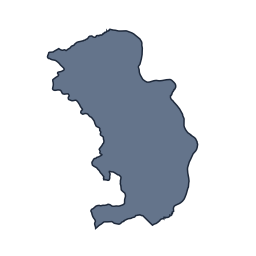 Kap Choeng, Surin, Thailand (Robinson projection), rotated 76°
{"feature_id": "78962969B82717955014572", "entity_name": "Kap Choeng", "entity_type": "district", "adm_level": 2, "iso_a3": "THA", "parent_name": "Thailand", "parent_adm1": "Surin", "projection": "robinson", "projection_center": [103.538, 14.468], "detail": "fine", "context": "isolated", "style": "filled", "palette": "slate", "viewbox_px": 256, "rotation_deg": 76, "n_neighbors": 0, "source": "geoboundaries", "source_scale": "gbopen_adm2", "svg_char_len": 5818}
<svg xmlns="http://www.w3.org/2000/svg" viewBox="0 0 256 256"><g transform="rotate(76 128 128)"><path d="M217.6,183.7L217.1,182.6L215.5,179.7L214.7,177.1L213.4,174.3L213.4,173.3L214.1,170.5L214.9,166.4L215.3,165.8L216.8,164.7L217.2,164.2L219.0,160.4L219.1,159.9L219.1,159.2L218.6,157.9L217.7,156.4L217.6,154.6L217.0,154.4L216.2,150.6L216.1,149.9L216.4,147.1L216.0,145.4L216.0,143.2L215.8,142.8L214.8,141.7L215.0,140.6L214.9,139.5L215.1,138.8L215.0,138.4L215.2,138.1L215.0,137.6L215.2,137.2L215.8,136.6L216.2,136.0L216.4,135.7L216.5,135.1L216.7,134.8L228.2,127.8L227.6,125.9L227.4,123.7L227.0,122.6L226.7,122.2L226.5,121.3L226.1,120.8L225.7,119.7L225.3,119.5L224.4,117.9L224.4,116.2L224.5,115.7L224.4,115.5L224.5,115.3L224.7,115.2L223.9,114.9L223.4,114.6L223.6,114.3L223.6,113.6L223.8,113.5L224.1,113.7L224.3,113.6L224.1,112.3L224.3,111.4L224.3,110.5L223.9,109.1L223.4,108.7L222.8,108.5L223.3,108.0L223.3,107.5L223.1,107.4L223.0,107.0L222.7,106.8L222.7,106.5L221.7,106.3L221.7,105.7L221.3,105.7L221.2,105.5L220.4,105.5L220.2,104.6L219.9,103.9L217.0,103.4L216.0,102.9L215.1,102.1L214.7,101.3L214.2,99.3L213.8,96.9L213.3,95.2L212.2,92.9L210.6,90.8L209.0,89.5L206.0,87.4L200.7,84.4L199.9,83.7L195.8,82.3L194.8,81.8L194.0,81.6L191.2,81.2L186.1,80.9L182.5,80.3L180.9,79.8L175.8,76.8L173.7,75.0L168.8,71.1L166.6,67.9L165.4,66.7L163.8,65.7L161.5,64.7L160.4,64.3L159.9,64.5L159.0,64.5L158.8,64.4L158.6,64.4L158.2,64.3L154.6,65.1L153.2,66.0L151.1,67.9L150.1,68.5L150.0,68.9L149.6,68.9L147.2,71.0L145.8,71.7L143.7,72.5L140.9,73.1L139.2,73.1L132.7,71.4L131.6,71.5L129.6,71.9L127.8,71.8L127.0,72.0L122.1,73.3L118.2,75.0L113.7,77.4L112.8,77.7L111.5,78.6L109.8,79.4L108.6,79.4L107.7,79.2L107.1,78.7L106.9,78.8L106.6,78.0L105.9,77.6L106.0,77.4L104.4,76.5L104.1,76.1L103.8,76.0L103.4,75.6L103.4,75.3L102.2,74.1L101.8,74.1L101.6,73.2L100.0,71.9L99.1,71.6L97.9,71.4L96.5,71.6L94.8,72.4L92.5,73.9L91.7,74.6L91.1,75.5L90.5,78.8L90.2,83.5L89.9,85.6L89.7,86.5L88.7,89.0L88.5,90.1L88.4,91.6L88.6,95.8L88.4,97.5L88.0,98.6L86.5,100.2L84.7,101.7L84.1,102.0L83.1,102.3L79.4,103.3L77.8,103.5L76.7,103.5L74.0,103.1L72.5,103.2L71.3,103.2L70.5,102.8L69.1,101.1L68.1,100.5L64.1,98.3L60.2,96.6L54.0,94.8L51.1,94.6L49.0,94.0L47.5,94.0L45.0,94.8L44.4,95.0L38.1,99.7L36.6,101.3L33.8,105.4L33.3,106.3L32.1,111.9L31.6,113.7L30.2,116.4L29.3,118.9L28.8,119.8L28.1,121.3L27.8,121.6L28.3,122.6L28.8,122.7L28.8,123.3L29.1,123.7L29.0,124.6L29.1,124.9L28.8,125.0L29.2,125.1L29.3,125.6L29.5,125.7L29.8,126.4L29.6,127.0L29.9,127.3L29.7,127.6L30.3,128.3L30.2,129.0L30.3,129.2L30.7,129.2L30.7,129.7L30.9,129.8L31.1,130.4L31.4,130.7L31.4,131.0L31.5,131.2L31.4,131.7L31.3,131.8L31.3,132.2L31.0,132.5L31.4,133.7L31.4,134.2L31.0,134.5L30.8,136.1L31.0,136.5L31.5,136.7L31.5,136.9L32.0,137.7L32.0,138.2L31.6,139.2L31.3,139.7L30.1,140.7L29.9,141.1L29.7,143.0L30.0,143.9L31.1,145.1L31.7,146.0L31.7,146.9L32.2,148.0L32.3,148.6L32.2,149.5L32.5,149.9L32.5,153.3L32.4,154.9L32.5,156.7L32.8,157.5L33.6,159.2L34.5,160.3L34.7,160.9L34.8,162.4L35.2,163.4L36.5,165.2L36.7,166.2L37.2,167.7L37.9,169.1L37.7,169.7L37.2,170.0L36.7,170.9L36.8,172.6L36.5,173.4L35.8,174.4L34.9,175.4L34.2,175.9L34.2,176.3L34.5,176.8L35.4,180.2L36.1,182.3L35.9,184.0L35.5,186.0L35.8,186.7L37.0,187.3L38.1,188.2L39.4,188.9L40.0,188.9L41.3,188.4L41.3,188.6L41.5,187.4L42.5,186.4L43.3,185.3L44.6,182.5L45.3,181.6L47.0,180.2L48.7,179.1L50.5,178.3L53.9,176.1L54.9,175.7L55.3,175.7L55.8,175.8L56.2,176.2L56.6,177.1L57.0,179.1L56.9,182.2L57.2,182.8L57.7,183.1L58.5,183.0L59.0,182.6L59.3,182.5L59.7,182.5L60.2,182.8L60.7,183.4L61.5,186.0L62.9,189.2L63.1,189.3L64.1,189.6L65.8,189.6L67.6,189.9L69.0,190.4L71.4,191.6L71.9,191.7L72.5,191.5L73.1,191.1L73.6,190.3L73.9,189.2L74.1,186.6L74.9,184.6L75.2,184.3L75.8,184.0L78.7,183.3L79.3,182.6L79.8,181.4L80.1,178.8L80.3,178.1L80.5,177.8L82.2,177.2L82.8,177.4L83.6,178.4L84.2,178.7L85.4,178.8L85.8,178.7L86.2,178.4L87.9,176.0L88.2,174.8L88.3,172.3L88.7,171.5L88.9,171.3L90.7,170.3L93.7,169.3L95.8,168.9L98.6,167.7L98.9,167.7L99.3,167.9L99.8,169.0L100.7,169.8L101.6,170.1L102.3,169.9L103.6,168.7L103.7,167.8L103.5,166.2L104.1,164.6L104.6,163.9L104.9,163.6L107.1,162.6L107.8,162.1L108.8,160.9L111.2,159.8L113.1,159.1L115.6,159.0L118.3,158.5L118.8,158.2L120.8,155.9L121.6,155.5L122.1,155.5L122.8,155.9L123.5,156.0L124.8,155.5L125.3,155.4L125.9,155.6L127.0,156.3L128.0,156.4L128.4,156.2L129.6,155.0L129.9,154.9L130.7,154.2L131.3,154.2L132.9,154.5L134.4,154.4L135.7,154.8L137.0,155.6L137.3,156.3L138.8,157.6L141.1,160.6L141.7,161.1L143.8,160.7L144.2,160.7L145.1,161.3L145.7,161.3L146.3,161.0L147.4,159.8L147.7,159.8L148.0,160.2L148.4,161.5L148.9,163.5L149.0,165.6L149.7,166.6L149.5,167.6L149.8,168.5L150.0,168.9L151.2,169.9L152.2,171.0L152.6,171.3L153.6,171.5L155.4,171.5L156.9,170.3L158.5,168.5L159.2,167.9L160.6,167.3L162.4,166.2L164.6,165.6L166.6,164.5L168.4,163.8L169.2,163.3L169.7,163.4L170.9,164.0L171.3,163.9L171.5,163.7L171.9,164.0L172.3,164.1L173.1,161.6L173.9,160.2L174.0,159.4L173.8,158.9L173.4,158.5L172.6,158.1L172.2,157.8L170.6,157.5L168.9,156.7L168.3,156.5L166.3,156.8L165.6,156.6L165.6,156.4L166.4,154.9L167.0,153.2L167.2,152.8L169.8,150.2L170.2,149.9L170.9,149.3L171.3,148.3L171.6,148.0L172.8,147.2L174.0,146.7L175.5,147.2L177.2,148.1L179.3,148.6L180.3,149.0L182.3,148.9L186.4,149.5L188.0,148.6L190.3,146.9L191.9,146.7L192.8,146.8L193.8,147.0L196.7,148.6L200.3,149.6L200.9,150.5L201.3,151.7L201.6,154.8L201.5,156.2L200.8,158.3L200.6,160.4L200.3,161.6L199.9,162.4L198.0,164.1L197.2,165.7L197.2,166.2L197.5,167.2L197.4,169.3L196.9,171.1L196.9,173.1L196.7,173.8L196.1,174.7L195.9,176.6L196.1,178.1L197.9,181.5L198.0,182.6L198.7,183.6L199.3,184.0L199.7,184.1L201.5,183.7L202.8,183.8L205.2,183.6L206.8,183.2L208.8,182.4L209.7,182.2L210.7,182.2L212.1,183.2L213.0,183.6L214.4,183.6L216.6,183.5L217.6,183.7Z" fill="#64748b" stroke="#1e293b" stroke-width="1.5"/></g></svg>